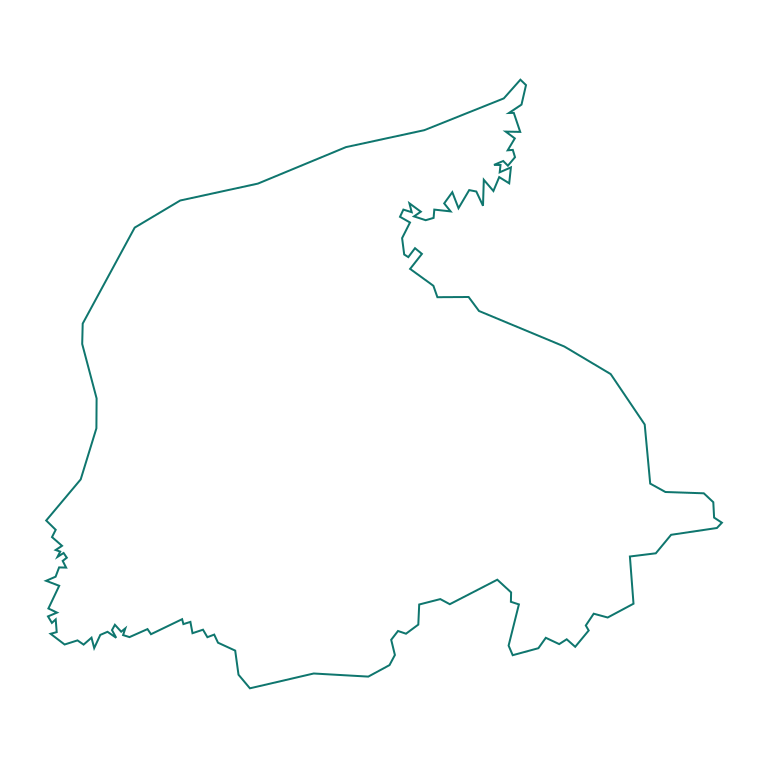 Rattanawapi, Nong Khai, Thailand
{"feature_id": "78962969B97368388626717", "entity_name": "Rattanawapi", "entity_type": "district", "adm_level": 2, "iso_a3": "THA", "parent_name": "Thailand", "parent_adm1": "Nong Khai", "projection": "mercator", "projection_center": [103.26, 18.207], "detail": "medium", "context": "isolated", "style": "outline", "palette": "teal", "viewbox_px": 768, "rotation_deg": 0, "n_neighbors": 0, "source": "geoboundaries", "source_scale": "gbopen_adm2", "svg_char_len": 1880}
<svg xmlns="http://www.w3.org/2000/svg" viewBox="0 0 768 768"><path d="M512.7,655.2L538.4,648.2L545.8,637.8L559.2,644.1L566.7,639.3L575.2,646.8L588.7,630.5L585.8,625.5L593.7,613.7L607.7,617.5L633.5,603.7L629.9,556.5L655.8,553.3L671.1,534.8L716.9,528.0L721.9,522.7L714.1,517.6L713.3,502.2L703.8,493.3L665.4,492.0L650.2,483.6L644.7,424.5L610.7,374.1L564.3,346.5L479.0,311.0L468.6,297.0L437.4,297.2L433.4,285.8L410.1,268.9L421.9,253.9L415.0,248.2L408.3,257.1L404.2,254.5L402.1,238.1L410.0,222.5L400.0,216.8L403.4,209.6L411.7,212.2L409.4,203.3L420.8,211.7L414.0,216.4L425.7,220.2L433.6,217.9L434.3,209.6L450.6,211.4L444.2,203.4L452.3,192.2L458.5,208.2L469.2,190.1L476.3,191.5L483.0,205.8L483.8,179.8L493.4,191.0L499.2,177.1L509.2,183.3L510.9,167.4L499.7,172.3L500.5,165.0L494.0,164.9L503.2,161.0L507.9,165.7L515.0,157.2L512.8,149.9L507.7,150.3L514.8,138.4L505.7,131.6L520.2,131.9L513.8,112.9L508.9,113.0L521.5,104.6L526.0,85.1L520.4,79.7L503.8,98.4L424.2,130.2L346.0,147.1L257.9,183.6L180.2,200.5L134.7,227.6L82.7,323.6L82.2,344.0L96.6,398.4L96.4,428.3L80.7,479.4L46.2,520.5L55.7,529.8L52.0,537.1L62.0,545.8L55.7,550.0L60.2,551.6L57.5,556.9L63.6,553.0L66.8,557.7L62.7,560.9L66.1,567.6L59.1,567.4L55.6,576.7L46.1,580.8L59.2,585.8L48.4,608.5L57.0,612.6L48.0,616.4L51.9,622.9L55.7,619.4L56.7,632.1L50.6,633.8L64.6,644.5L77.5,640.4L83.6,644.6L91.5,637.7L94.2,648.1L100.3,634.9L107.5,631.8L116.2,637.8L112.0,630.1L114.9,624.8L121.2,631.7L125.3,628.4L123.1,635.1L129.5,637.1L147.5,629.1L151.0,634.2L182.1,619.2L183.4,624.1L190.4,621.9L192.5,633.2L203.0,629.7L207.4,637.2L214.2,634.6L218.0,642.7L235.2,650.6L238.5,674.7L249.9,688.3L313.7,673.5L368.3,676.6L389.5,665.1L394.9,655.0L391.2,639.8L398.0,631.0L406.0,633.7L418.3,624.6L419.2,604.5L440.3,599.1L449.8,604.2L497.3,579.7L511.1,592.4L510.9,601.8L518.9,604.4L508.6,645.6L512.7,655.2Z" fill="none" stroke="#0f766e" stroke-width="2"/></svg>